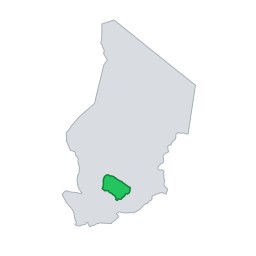 location of Barh-Signaka, Guéra, Chad, rotated 9°
{"feature_id": "50815135B50589595383303", "entity_name": "Barh-Signaka", "entity_type": "district", "adm_level": 2, "iso_a3": "TCD", "parent_name": "Chad", "parent_adm1": "Guéra", "projection": "robinson", "projection_center": [18.652, 10.779], "detail": "fine", "context": "in_parent", "style": "filled", "palette": "green", "viewbox_px": 256, "rotation_deg": 9, "n_neighbors": 0, "source": "geoboundaries", "source_scale": "gbopen_adm2", "svg_char_len": 4690}
<svg xmlns="http://www.w3.org/2000/svg" viewBox="0 0 256 256"><g transform="rotate(9 128 128)"><path d="M187.9,75.2L187.9,81.0L188.0,86.9L188.0,92.7L188.1,98.5L188.1,104.4L188.2,110.2L188.2,116.0L188.3,121.9L188.3,123.8L188.1,124.6L187.8,124.8L185.1,124.3L183.9,124.3L182.3,124.7L179.8,124.9L178.2,124.8L177.1,125.8L176.3,127.0L176.7,129.9L176.6,130.9L176.3,131.9L175.6,132.8L174.8,133.4L174.4,134.0L173.8,135.4L173.4,136.0L173.5,136.8L173.3,137.7L172.9,138.1L171.7,138.4L171.0,138.8L170.4,139.5L170.0,139.9L170.2,140.5L170.5,141.3L170.7,142.6L170.8,143.4L171.4,144.0L171.7,144.5L171.8,145.0L171.5,145.4L170.1,146.4L169.6,146.7L168.9,147.2L168.7,147.4L167.7,148.3L167.2,149.1L166.9,149.7L166.9,150.6L167.5,152.0L168.0,153.2L168.2,154.0L168.4,155.0L168.3,155.9L168.0,156.7L167.5,157.4L165.6,158.7L164.7,160.2L163.9,162.0L163.7,162.9L163.9,163.6L164.3,164.1L164.9,164.4L165.7,164.5L167.1,164.2L168.4,164.0L169.8,164.6L170.5,166.1L170.2,167.2L170.8,169.2L171.2,171.6L171.2,172.4L171.4,172.7L172.2,172.9L172.4,173.4L172.2,177.6L172.6,178.8L173.2,179.6L173.8,180.1L174.5,180.6L174.8,181.0L175.5,181.1L176.4,181.9L176.6,182.9L176.6,183.9L176.1,186.0L175.7,187.4L175.2,187.3L174.2,187.0L173.0,186.7L171.5,186.4L170.1,187.0L168.5,187.8L168.0,188.3L167.6,188.6L166.9,188.6L166.3,188.7L166.0,189.2L165.4,189.8L163.2,191.0L162.7,191.5L162.5,191.9L162.5,192.4L162.7,193.4L162.7,194.7L162.2,195.7L161.6,196.3L161.0,196.6L160.4,196.7L160.1,197.2L158.9,199.4L158.4,199.9L157.4,199.8L154.5,203.2L154.2,204.2L153.1,205.6L151.7,207.2L150.5,208.0L150.4,208.3L150.1,208.6L149.4,208.9L146.8,210.9L143.7,210.8L142.3,211.6L141.0,211.9L139.0,212.3L138.4,212.2L135.9,212.4L133.0,212.3L131.9,212.6L130.8,213.3L130.0,214.0L129.9,214.2L130.1,214.5L132.1,216.3L132.6,217.0L132.1,217.8L131.8,217.9L131.8,218.0L131.5,218.5L130.3,220.3L128.4,222.4L127.5,223.0L127.1,223.4L126.6,224.8L126.3,225.0L125.1,225.2L122.6,225.4L119.1,225.8L117.1,226.0L115.8,225.8L114.0,226.8L113.3,227.1L112.9,227.1L111.1,228.1L109.6,229.5L109.1,229.8L107.0,230.4L106.2,231.4L105.8,231.5L104.5,230.2L103.6,229.0L103.1,227.8L103.1,227.4L102.8,227.5L102.1,228.0L101.4,228.6L101.1,229.8L99.0,230.6L97.1,231.2L96.3,232.1L95.0,232.5L93.3,232.3L92.0,232.0L90.8,231.9L91.4,230.8L91.6,230.0L91.7,229.1L91.6,228.4L90.8,228.1L90.3,227.6L89.3,224.5L88.2,221.4L86.6,218.3L84.9,216.4L83.7,215.2L83.3,215.0L82.6,214.6L82.2,214.3L79.9,212.2L77.6,209.9L77.0,208.8L75.8,207.2L74.5,205.6L73.8,204.8L73.5,203.5L74.4,202.3L75.4,200.7L76.6,199.7L78.1,199.7L80.7,200.1L83.4,200.2L86.1,199.9L86.8,199.7L87.5,199.7L89.0,200.1L91.5,200.0L92.8,199.4L91.4,198.3L89.9,196.6L88.5,194.8L87.6,193.1L86.9,191.0L86.1,188.3L85.7,184.9L85.8,182.9L86.0,181.5L86.8,179.3L86.3,178.0L86.4,176.9L86.3,175.3L86.1,174.5L85.1,171.9L84.9,171.6L84.0,169.8L83.7,166.7L82.7,164.7L81.1,163.7L80.2,162.5L79.9,160.5L79.3,159.9L76.8,159.2L74.7,159.2L73.2,156.8L71.3,153.8L69.5,151.0L68.4,145.4L67.7,142.1L68.5,141.1L70.0,138.9L71.9,134.5L76.2,127.7L78.4,124.2L82.7,119.0L88.1,112.6L91.1,109.0L91.6,102.5L92.1,95.6L92.5,90.4L93.0,84.2L93.5,79.0L93.8,75.2L94.2,69.8L94.6,68.8L96.7,64.6L96.8,64.1L96.4,63.4L93.5,59.8L92.6,59.0L92.1,57.1L92.8,56.1L89.3,50.1L88.4,49.4L88.0,48.7L88.0,47.6L88.0,43.4L87.1,36.9L85.9,29.4L90.0,27.2L93.2,25.6L97.2,23.5L101.0,25.6L106.4,28.7L111.8,31.8L117.2,34.9L122.6,38.0L128.0,41.1L133.4,44.2L138.8,47.3L144.3,50.4L149.7,53.5L155.1,56.6L160.6,59.7L166.0,62.8L171.5,65.9L177.0,69.0L182.4,72.1L187.9,75.2Z" fill="#d9dde1" stroke="#a8b0b8" stroke-width="1"/><path d="M112.1,191.9L112.7,192.4L113.5,192.6L114.6,193.6L116.7,193.2L118.3,193.0L119.4,194.3L120.0,194.5L120.6,194.9L121.0,194.7L121.7,194.9L122.2,195.2L122.7,195.6L123.2,196.0L123.7,196.3L124.2,196.2L124.9,196.7L125.5,197.0L127.2,199.1L127.1,200.5L128.3,201.1L129.0,201.0L129.3,199.6L131.7,199.6L132.2,199.5L132.3,199.4L132.8,198.4L132.9,197.8L133.1,197.5L133.2,197.4L133.7,197.5L133.8,197.0L134.1,196.7L134.6,196.5L135.0,195.9L135.4,195.5L135.3,195.0L135.7,194.5L135.8,193.9L136.3,193.3L137.0,193.0L137.5,193.2L138.0,193.2L138.4,192.7L139.2,192.0L139.3,191.9L139.7,190.1L139.5,188.0L139.8,187.5L139.4,187.1L139.3,186.4L138.9,186.3L138.5,186.2L137.9,185.9L136.8,185.7L136.0,185.0L134.9,184.6L134.3,184.4L134.1,184.0L133.9,184.0L133.7,184.0L133.5,183.9L132.8,183.5L132.3,183.3L132.0,183.2L131.3,182.8L130.9,182.3L130.2,182.0L128.3,181.4L126.6,181.0L125.7,180.5L124.2,179.7L123.0,179.1L121.8,178.5L120.4,178.1L119.2,178.0L118.0,178.0L116.9,177.8L116.2,177.5L115.5,177.5L114.6,177.6L113.9,178.1L113.2,178.7L112.7,179.3L112.2,180.2L111.9,182.3L111.9,182.5L111.9,183.0L111.8,183.4L112.1,185.4L112.3,186.0L112.5,187.2L112.5,189.1L112.4,190.7L112.1,191.9Z" fill="#22c55e" stroke="#15803d" stroke-width="1.5"/></g></svg>